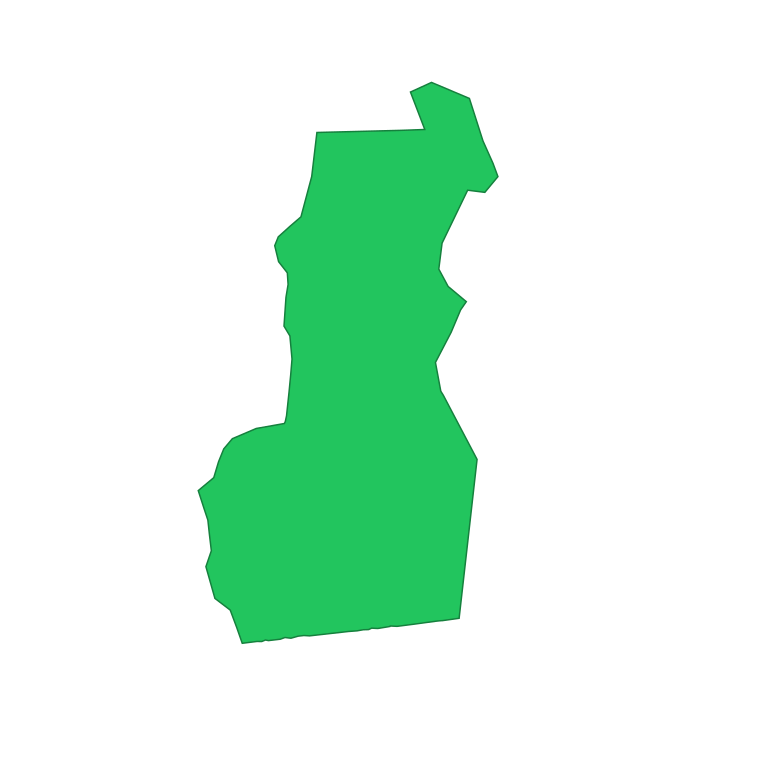 Kaya, Lac, Chad (Robinson projection), rotated 295°
{"feature_id": "50815135B89390943871593", "entity_name": "Kaya", "entity_type": "district", "adm_level": 2, "iso_a3": "TCD", "parent_name": "Chad", "parent_adm1": "Lac", "projection": "robinson", "projection_center": [14.166, 13.535], "detail": "fine", "context": "isolated", "style": "filled", "palette": "green", "viewbox_px": 768, "rotation_deg": 295, "n_neighbors": 0, "source": "geoboundaries", "source_scale": "gbopen_adm2", "svg_char_len": 1212}
<svg xmlns="http://www.w3.org/2000/svg" viewBox="0 0 768 768"><g transform="rotate(295 384 384)"><path d="M583.6,216.9L541.5,230.8L500.4,238.1L487.1,232.1L472.7,226.0L463.2,226.5L450.3,236.8L443.9,249.4L433.7,255.0L421.2,258.5L394.2,268.9L387.8,278.4L367.7,290.1L352.5,295.7L336.4,301.4L314.0,309.1L308.3,310.4L306.1,310.4L289.7,287.0L270.4,269.7L257.5,266.2L243.7,266.9L227.2,269.3L208.9,260.7L194.8,273.8L186.2,281.9L173.8,289.4L159.9,298.0L143.2,299.8L118.2,321.4L114.1,340.2L101.3,353.2L89.1,365.1L97.0,377.7L98.9,382.0L101.9,384.8L102.6,387.7L108.9,397.9L112.4,401.4L113.5,404.8L114.3,407.1L115.3,408.3L119.2,412.8L122.2,417.7L124.3,423.0L144.7,456.4L145.7,458.2L148.9,463.9L152.6,469.2L154.5,473.0L155.0,473.9L157.5,476.0L158.5,478.5L159.8,481.7L165.4,489.9L166.8,491.9L167.3,491.9L169.9,498.3L178.5,511.9L190.9,531.2L192.6,534.0L193.8,536.1L194.2,536.9L203.4,551.1L355.0,500.2L398.8,442.6L401.5,438.5L425.3,421.5L459.3,423.0L483.5,422.1L493.4,423.8L499.5,400.9L511.3,385.1L536.2,377.1L595.0,377.9L600.3,394.4L620.1,399.6L630.0,389.6L646.1,371.0L678.9,340.7L677.4,299.6L659.8,284.6L631.9,313.4L623.7,297.4L620.9,291.9L583.6,216.9L583.6,216.9Z" fill="#22c55e" stroke="#15803d" stroke-width="1.5"/></g></svg>